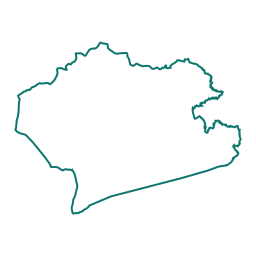 outline of Marquis Estate, Dauphin, Saint Lucia
{"feature_id": "8701671B42547396516194", "entity_name": "Marquis Estate", "entity_type": "district", "adm_level": 2, "iso_a3": "LCA", "parent_name": "Saint Lucia", "parent_adm1": "Dauphin", "projection": "robinson", "projection_center": [-60.9, 14.029], "detail": "fine", "context": "isolated", "style": "outline", "palette": "teal", "viewbox_px": 256, "rotation_deg": 0, "n_neighbors": 0, "source": "geoboundaries", "source_scale": "gbopen_adm2", "svg_char_len": 5765}
<svg xmlns="http://www.w3.org/2000/svg" viewBox="0 0 256 256"><path d="M50.9,166.9L56.7,167.1L58.5,167.7L60.1,169.1L62.7,170.4L65.4,169.2L68.0,169.6L70.0,169.7L71.4,170.2L72.1,169.7L74.2,173.0L75.0,175.8L75.0,175.6L77.4,186.1L75.2,195.5L73.3,199.7L72.7,204.1L71.8,207.1L71.7,208.7L72.3,211.9L72.2,211.8L72.6,212.9L73.0,213.4L75.6,213.3L76.0,213.0L78.3,213.2L79.3,212.3L82.1,211.5L82.6,210.8L83.5,210.4L84.2,209.7L86.8,208.3L88.6,206.8L89.4,205.5L111.3,196.3L181.5,178.1L208.0,170.5L218.5,166.6L219.0,166.6L219.9,166.3L220.8,166.3L221.7,165.9L223.5,165.9L225.0,165.5L226.2,165.6L226.6,165.0L228.0,164.7L230.3,162.7L231.3,162.2L232.5,160.3L232.7,159.6L232.9,159.6L233.2,159.3L233.2,157.9L233.8,157.6L234.3,157.7L235.8,156.2L236.9,155.9L237.8,154.5L237.8,153.7L238.3,153.4L238.1,152.6L237.4,152.4L237.4,151.6L235.3,150.0L234.5,148.1L233.3,146.9L233.7,146.1L234.1,145.7L233.7,145.4L234.0,145.1L234.2,145.7L234.5,145.8L235.8,145.8L236.0,146.0L236.4,146.0L237.3,145.7L237.4,146.0L237.7,146.2L238.1,145.4L238.7,145.2L239.3,144.5L239.3,143.8L239.7,143.6L239.4,143.2L239.5,141.4L240.0,140.3L240.5,139.8L240.6,139.2L240.6,138.9L239.6,136.3L239.8,135.0L239.3,134.4L239.5,134.0L239.6,132.2L239.2,131.5L239.3,131.4L239.2,130.6L239.7,129.7L238.9,129.5L238.2,128.8L237.6,126.0L237.3,125.9L236.4,126.1L235.8,126.7L234.5,127.2L234.1,127.2L233.6,126.8L232.6,126.8L231.9,126.4L231.4,126.5L231.3,126.3L230.3,125.9L230.0,126.0L230.2,126.5L229.8,126.9L228.4,126.5L227.8,126.7L226.4,126.0L226.1,124.7L225.9,124.6L224.9,125.0L224.0,124.4L222.0,124.7L221.8,124.4L222.2,124.0L221.8,123.2L221.6,123.1L221.2,123.3L221.0,123.0L220.6,122.8L220.0,123.0L219.2,122.5L219.2,122.1L219.4,122.1L219.6,122.4L220.1,121.6L218.1,120.8L217.9,120.5L217.3,120.8L215.5,120.8L215.6,122.1L215.3,122.4L214.4,123.1L214.3,123.5L213.6,123.5L213.4,123.7L213.5,124.1L214.0,124.2L214.3,125.2L214.2,125.5L213.7,125.6L213.6,126.7L213.8,127.3L213.3,128.1L212.5,128.4L210.8,127.7L209.4,128.0L209.4,128.4L209.0,128.9L209.1,129.1L208.5,129.8L208.4,130.3L208.1,130.3L207.4,132.7L206.7,132.6L205.5,132.0L205.1,131.2L205.3,128.6L204.7,128.3L204.5,127.8L204.6,127.3L205.7,127.0L205.6,126.6L204.6,125.9L204.7,125.5L205.3,124.7L205.3,123.9L205.0,123.5L205.0,123.1L204.5,122.7L204.5,121.6L203.8,120.6L203.8,120.3L203.1,119.9L202.9,119.1L202.6,119.0L202.2,118.5L201.1,118.0L200.7,117.1L199.4,116.2L196.5,118.2L194.8,118.7L194.6,118.5L193.5,114.4L193.1,113.4L192.8,111.7L192.6,109.6L192.8,107.8L193.2,108.2L194.2,108.5L194.6,108.1L194.9,107.0L194.9,106.4L195.1,106.2L196.2,106.1L196.3,105.7L196.6,105.4L197.9,106.3L198.4,106.1L198.8,106.3L199.2,105.7L199.7,105.5L200.3,105.9L200.8,106.0L200.9,105.3L201.6,105.4L201.1,104.9L200.9,104.0L200.5,103.4L200.6,103.2L201.5,102.8L202.3,103.1L202.6,102.7L203.3,102.5L205.6,103.1L205.0,102.6L204.4,102.4L204.8,101.6L205.1,101.8L205.4,101.5L206.1,100.4L206.8,100.4L207.5,100.1L207.8,99.7L208.8,99.1L209.1,98.5L209.7,99.4L209.9,99.3L209.9,98.9L210.4,99.0L211.2,98.8L211.3,98.5L212.2,98.5L211.9,98.3L212.0,97.9L212.6,97.9L212.8,97.7L213.1,98.0L213.6,97.8L214.0,98.2L215.2,98.3L217.9,99.3L217.6,99.0L214.8,97.8L216.0,97.4L216.6,97.6L216.7,98.0L217.1,97.7L217.8,98.0L218.4,97.8L219.2,97.0L219.0,96.0L219.7,95.5L220.0,96.1L220.0,95.3L220.5,95.1L221.0,95.3L222.1,93.9L222.1,93.2L222.5,92.8L222.5,92.5L222.7,92.1L222.4,92.0L221.8,92.3L221.7,93.1L221.4,91.6L221.0,91.9L220.7,91.8L220.6,91.5L219.5,91.8L218.4,91.6L217.5,91.0L216.5,91.4L216.2,91.2L216.2,90.2L215.9,90.1L215.6,90.6L215.2,90.4L215.0,90.6L214.8,90.6L214.5,89.9L213.9,89.4L213.2,89.7L213.2,89.3L212.5,89.4L212.5,89.0L212.8,88.2L212.6,88.0L212.1,88.3L212.3,88.1L212.2,88.0L211.6,88.1L211.3,88.0L211.1,87.3L210.8,87.1L211.4,86.6L211.3,86.3L211.0,86.4L210.4,86.3L210.3,86.0L210.6,84.8L210.5,84.7L211.0,84.0L212.0,83.3L212.1,82.9L211.7,82.7L211.3,81.9L210.3,81.8L210.4,81.4L210.2,81.1L210.4,80.5L211.1,80.4L210.9,79.3L211.2,79.4L211.3,78.7L210.9,78.3L211.3,77.5L210.9,77.1L210.9,76.5L211.3,76.5L211.1,76.1L210.4,75.5L209.3,74.9L208.9,74.5L207.9,74.1L207.7,73.6L207.1,73.8L206.4,73.5L206.0,73.7L204.8,73.1L204.4,71.6L204.6,71.1L204.1,70.5L204.0,69.9L203.8,69.8L203.3,70.1L202.5,69.6L202.5,68.6L202.3,68.3L200.5,67.4L200.2,66.8L199.8,66.6L198.4,66.0L198.0,65.1L197.4,64.7L195.6,63.9L192.9,63.5L190.0,62.4L189.6,62.4L188.2,58.9L186.9,59.5L184.8,59.4L184.3,61.6L177.7,60.1L177.4,60.2L176.9,61.1L174.7,62.9L172.8,63.9L171.0,65.4L170.5,66.0L170.5,67.9L169.4,67.6L168.2,68.3L166.4,68.0L166.0,66.8L166.1,65.6L165.7,65.4L165.4,65.6L165.0,66.5L164.0,67.7L163.5,67.9L162.4,67.7L161.2,68.8L160.2,69.2L159.7,69.2L157.0,67.6L156.0,67.8L154.0,68.9L152.9,68.9L151.4,68.2L150.3,66.9L149.2,66.1L147.4,65.8L141.8,66.2L140.9,65.5L138.9,64.9L138.1,64.2L136.7,63.7L136.2,63.8L133.7,65.7L132.9,65.8L130.8,64.9L130.2,64.3L129.0,59.0L127.4,56.3L127.3,55.7L127.5,54.6L126.8,53.1L126.1,52.9L124.3,53.1L123.5,53.0L122.6,53.2L119.8,53.2L117.3,53.8L116.0,53.6L114.6,53.0L109.6,49.7L108.1,48.2L107.8,47.0L107.8,45.2L107.4,44.3L106.9,43.9L102.7,43.4L100.6,42.6L99.8,43.1L97.7,46.5L96.8,47.5L95.4,48.4L92.5,48.6L90.9,49.0L89.1,50.1L85.8,55.3L85.3,55.7L84.2,55.5L83.4,54.7L81.0,53.3L75.8,53.4L75.7,54.2L76.1,55.4L76.3,57.6L76.2,58.7L75.8,59.8L74.9,61.0L74.0,62.0L72.4,62.4L70.8,64.4L68.9,63.8L67.9,64.3L67.3,65.0L66.4,65.6L65.9,66.3L65.8,67.3L65.9,68.0L66.4,68.8L66.6,69.7L66.4,69.9L64.0,69.3L61.4,68.1L57.6,68.4L57.1,69.4L57.1,70.5L57.6,72.4L57.1,74.9L55.0,79.1L54.0,80.7L50.8,83.8L50.2,84.1L49.4,84.0L48.5,83.2L47.2,83.0L41.5,83.6L39.7,83.1L36.2,85.1L35.4,86.1L32.1,87.3L31.2,88.1L30.0,89.7L29.6,90.0L28.7,89.8L26.9,90.3L25.2,91.4L23.8,91.6L21.9,93.2L18.1,95.6L18.5,97.3L19.7,99.2L19.0,102.5L18.5,112.4L17.8,116.6L16.8,120.2L16.0,128.0L15.4,129.8L17.2,131.8L20.1,133.3L25.6,134.8L32.8,142.2L44.5,156.7L50.0,164.2L50.9,166.9Z" fill="none" stroke="#0f766e" stroke-width="2"/></svg>